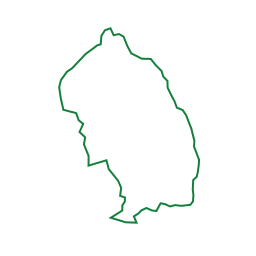 the district of Fazenda Vilanova, Rio Grande do Sul, Brazil, rotated 332°
{"feature_id": "56859067B8921969291508", "entity_name": "Fazenda Vilanova", "entity_type": "district", "adm_level": 2, "iso_a3": "BRA", "parent_name": "Brazil", "parent_adm1": "Rio Grande do Sul", "projection": "equal_earth", "projection_center": [-51.841, -29.589], "detail": "fine", "context": "isolated", "style": "outline", "palette": "green", "viewbox_px": 256, "rotation_deg": 332, "n_neighbors": 0, "source": "geoboundaries", "source_scale": "gbopen_adm2", "svg_char_len": 1002}
<svg xmlns="http://www.w3.org/2000/svg" viewBox="0 0 256 256"><g transform="rotate(332 128 128)"><path d="M91.1,215.6L91.7,208.8L97.2,208.3L101.2,207.0L106.7,207.3L110.5,212.1L114.1,214.6L121.4,209.8L124.8,212.4L128.3,217.0L133.4,218.2L138.6,221.8L147.0,225.1L150.9,223.3L154.3,217.9L156.2,212.9L161.1,204.6L165.8,203.3L168.9,199.7L172.9,194.2L175.8,189.5L177.6,175.3L180.5,170.7L183.6,158.4L185.3,144.1L184.7,137.8L180.7,133.0L181.6,126.3L181.6,121.0L181.9,111.1L184.9,105.0L183.3,99.2L184.4,93.4L182.1,86.0L180.5,77.7L172.7,73.3L165.9,63.6L165.9,55.3L167.0,45.3L164.1,40.8L158.9,39.3L159.3,31.7L153.5,30.9L147.8,34.1L143.2,41.3L139.6,40.6L125.2,42.8L107.1,48.9L100.4,49.7L91.3,54.2L86.4,59.6L82.5,70.5L79.5,81.6L89.2,90.5L88.1,98.1L90.4,103.3L83.3,108.8L85.8,116.1L81.4,121.8L80.1,134.2L75.5,142.7L82.7,144.1L93.8,146.4L91.7,155.3L94.5,170.0L93.9,177.6L89.2,184.2L92.7,188.0L90.5,191.6L86.7,193.6L84.2,198.2L70.7,199.2L81.6,210.1L91.1,215.6Z" fill="none" stroke="#15803d" stroke-width="2"/></g></svg>